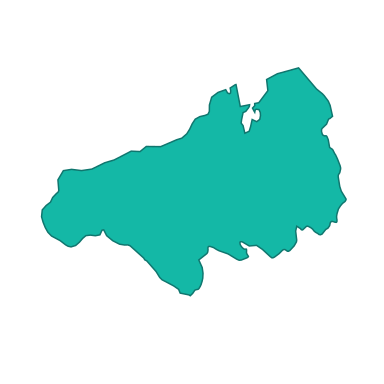 outline of Guantánamo, rotated 169°
{"feature_id": "CUB-1365", "entity_name": "Guantánamo", "entity_type": "Province", "adm_level": 1, "iso_a3": "CUB", "parent_name": "Cuba", "parent_adm1": "", "projection": "equal_earth", "projection_center": [-75.006, 20.219], "detail": "fine", "context": "isolated", "style": "filled", "palette": "teal", "viewbox_px": 384, "rotation_deg": 169, "n_neighbors": 0, "source": "natural_earth", "source_scale": "10m", "svg_char_len": 3122}
<svg xmlns="http://www.w3.org/2000/svg" viewBox="0 0 384 384"><g transform="rotate(169 192 192)"><path d="M128.3,289.1L128.3,266.7L118.8,266.7L119.3,265.2L120.5,263.8L123.8,260.9L126.7,260.2L129.4,253.8L130.6,250.3L129.2,247.4L128.9,239.6L124.3,240.7L122.1,244.8L120.7,248.0L119.1,251.7L117.3,250.3L115.0,248.7L111.6,250.4L110.2,253.9L109.8,256.9L110.5,260.1L111.7,260.5L113.2,261.0L114.1,260.7L114.7,259.6L115.2,258.3L115.7,259.7L116.6,262.8L113.9,264.8L113.6,266.9L109.4,266.9L98.2,277.0L97.3,288.2L85.6,291.8L63.7,293.5L50.1,269.3L45.3,263.6L43.9,261.4L40.9,255.2L39.9,250.7L39.6,239.5L42.7,237.8L43.4,237.8L44.3,237.1L47.0,232.9L52.3,229.5L52.9,228.5L53.3,226.8L53.1,224.1L52.6,222.8L51.2,221.8L50.2,221.7L49.5,221.5L49.0,220.8L48.3,217.4L48.4,209.4L46.3,207.4L45.9,206.8L45.7,206.4L44.6,202.4L44.0,201.1L42.9,196.7L41.6,189.5L41.5,187.6L41.7,186.3L42.8,183.8L43.3,182.7L44.0,182.0L44.7,181.3L45.2,180.6L45.6,179.0L45.9,169.2L45.3,164.3L43.0,158.1L42.1,155.6L42.5,154.7L43.6,153.5L46.4,152.1L48.9,150.1L51.5,147.4L53.8,143.0L54.7,140.6L55.0,138.6L55.0,137.2L55.2,136.1L55.5,135.1L56.1,134.7L57.3,135.0L58.1,135.5L60.2,136.5L61.3,136.2L62.2,135.3L63.3,132.7L65.4,130.6L67.9,129.7L72.3,125.9L74.0,125.5L75.4,126.0L76.4,127.2L78.5,129.0L79.7,130.5L80.5,132.2L80.8,132.7L82.3,134.4L84.3,136.0L85.3,136.5L86.3,136.4L90.4,133.8L91.2,133.7L92.1,134.4L92.4,135.3L95.7,138.4L97.7,133.9L98.4,124.8L99.0,123.1L102.0,119.6L107.1,115.9L108.6,115.4L109.7,115.7L111.6,117.7L112.7,118.0L114.1,117.7L118.2,114.9L123.4,112.4L124.8,112.0L126.1,112.1L127.5,113.6L133.8,122.2L138.8,127.3L146.1,128.1L152.2,133.5L153.6,133.9L154.5,133.6L154.7,132.5L154.7,131.6L154.6,130.8L154.3,129.9L153.7,128.6L152.9,127.3L151.6,125.9L149.8,125.6L149.5,125.5L149.5,125.0L149.6,124.1L150.1,122.0L150.0,121.2L149.8,120.3L148.9,118.0L149.4,117.4L150.6,116.9L156.6,115.8L158.7,116.0L160.9,117.5L168.5,124.4L176.7,129.2L179.1,131.1L181.4,133.3L184.4,135.0L185.8,135.4L186.7,134.9L187.1,134.0L187.3,132.2L187.7,131.0L188.0,130.1L188.6,129.3L189.2,128.7L198.3,124.0L196.4,115.9L196.7,110.1L197.9,105.3L199.1,102.5L200.7,99.5L201.9,97.8L203.6,95.9L204.4,95.4L205.3,95.3L207.1,95.3L207.8,95.1L208.5,94.5L210.7,92.3L213.5,90.5L214.7,91.6L222.9,95.0L223.7,99.0L228.0,103.4L238.2,111.6L240.0,114.3L242.4,120.7L249.6,133.1L251.3,134.4L252.0,136.4L263.0,151.0L265.1,152.3L268.2,152.8L273.1,154.6L279.1,159.3L284.1,165.4L285.9,171.7L287.6,171.7L290.6,167.5L295.2,167.5L300.1,169.1L304.5,169.4L308.2,167.3L312.1,164.2L316.4,161.7L321.2,161.2L324.0,162.4L326.2,164.3L330.7,169.4L338.3,175.6L341.1,179.9L342.8,185.0L343.9,190.6L344.4,196.4L342.4,203.0L337.7,206.6L332.9,209.0L329.8,213.2L325.2,216.5L323.7,217.2L322.5,218.8L321.3,229.5L314.2,237.5L305.9,237.2L296.4,234.1L286.0,233.6L271.9,237.4L262.3,238.3L243.9,243.7L235.3,241.6L228.2,245.4L214.1,242.5L197.2,246.2L191.7,246.8L186.0,250.1L182.2,254.2L178.7,259.0L174.9,262.9L169.9,264.5L164.6,264.7L161.5,265.3L159.6,267.8L158.3,274.1L154.6,281.3L147.4,284.8L139.4,286.0L138.2,282.4L136.5,281.3L135.4,281.7L134.7,283.9L134.7,286.8L129.0,289.1L128.3,289.1Z" fill="#14b8a6" stroke="#0f766e" stroke-width="1.5"/></g></svg>